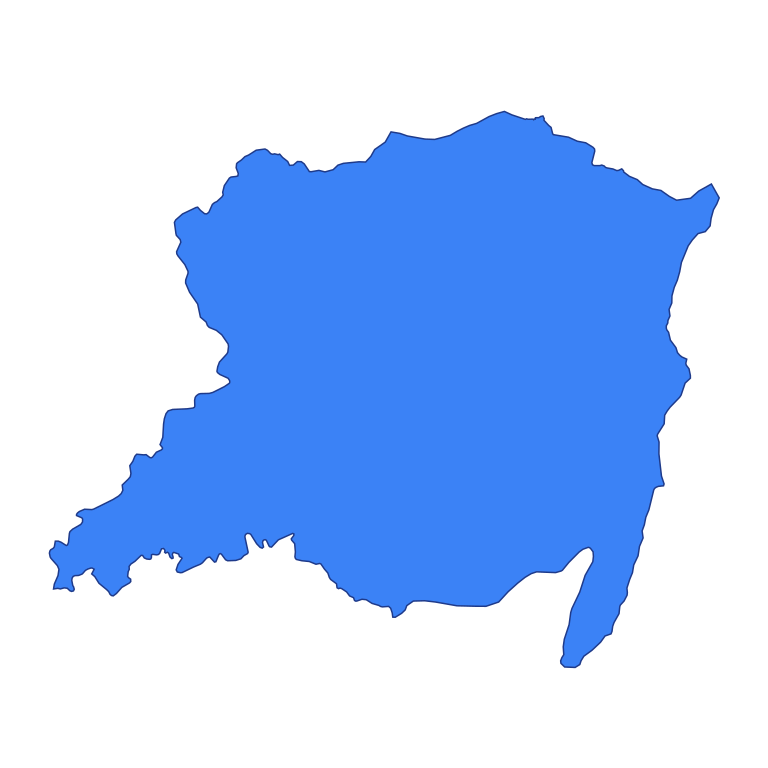 the district of Berik, Maekel, Eritrea, rotated 272°
{"feature_id": "51966322B44125494570979", "entity_name": "Berik", "entity_type": "district", "adm_level": 2, "iso_a3": "ERI", "parent_name": "Eritrea", "parent_adm1": "Maekel", "projection": "mercator", "projection_center": [38.812, 15.386], "detail": "fine", "context": "isolated", "style": "filled", "palette": "blue", "viewbox_px": 768, "rotation_deg": 272, "n_neighbors": 0, "source": "geoboundaries", "source_scale": "gbopen_adm2", "svg_char_len": 6117}
<svg xmlns="http://www.w3.org/2000/svg" viewBox="0 0 768 768"><g transform="rotate(272 384 384)"><path d="M636.2,382.2L625.8,376.8L618.0,366.5L611.0,362.9L605.2,357.9L605.2,351.3L603.1,335.7L601.1,330.3L596.4,325.7L593.9,317.6L595.2,311.5L593.6,303.7L593.7,302.0L601.2,296.6L603.3,293.6L603.3,289.7L599.6,285.7L599.2,282.0L603.0,280.0L606.9,274.7L610.1,271.7L609.5,270.2L610.2,266.6L609.7,264.7L610.2,262.8L613.5,259.4L614.7,256.9L613.2,248.1L608.1,240.7L606.4,237.1L602.9,233.7L600.0,229.8L598.9,229.0L594.9,228.7L589.4,231.0L586.9,230.7L586.3,229.1L585.5,223.9L584.4,222.3L576.7,217.5L570.0,216.1L567.4,216.7L565.4,215.6L560.5,210.6L559.3,208.2L557.5,206.2L549.8,203.1L548.5,201.8L547.8,200.8L547.9,198.8L551.1,194.5L554.2,191.6L553.8,189.9L546.9,176.7L540.7,170.1L538.2,168.9L527.1,170.8L525.3,171.3L521.2,175.3L518.6,176.0L509.0,172.1L506.8,172.4L504.6,173.8L496.4,180.8L489.8,184.2L487.8,184.3L481.1,182.2L478.0,182.2L468.9,186.5L457.4,195.0L444.4,198.2L439.7,204.1L436.3,205.5L434.5,207.3L431.8,214.5L427.5,220.2L418.6,226.8L416.2,227.3L410.3,226.8L408.6,225.9L400.2,218.8L395.4,217.2L390.9,216.6L389.6,217.2L387.8,219.6L384.3,228.0L382.0,229.6L380.5,229.8L379.4,229.5L375.7,224.4L369.6,213.2L368.5,209.7L368.0,201.0L367.4,199.0L365.7,196.9L364.0,195.8L361.2,195.3L355.2,195.7L354.1,195.3L353.3,193.9L352.3,187.9L351.2,173.7L349.6,169.2L346.8,167.2L341.6,165.7L336.3,165.1L323.0,164.8L315.6,162.3L312.6,164.8L311.4,164.8L310.3,163.7L307.9,158.9L302.8,155.2L302.1,153.8L302.4,152.5L305.1,148.7L304.8,146.5L305.2,139.3L304.2,138.4L303.0,137.5L298.0,135.7L293.5,132.8L285.8,134.2L282.5,133.7L279.8,131.6L273.9,125.9L268.6,126.7L265.3,125.2L262.7,122.6L259.1,117.2L248.8,98.1L248.3,96.4L248.4,89.1L245.9,83.9L244.4,82.2L243.0,81.3L241.8,81.3L239.7,86.7L238.5,87.5L235.5,87.5L233.1,85.9L228.1,77.9L225.5,75.3L223.8,74.8L214.6,74.2L212.1,73.3L211.5,72.1L214.6,66.8L215.6,64.0L215.5,61.0L209.7,60.2L208.3,59.2L206.7,56.7L205.4,55.9L203.3,55.5L199.5,56.4L198.2,57.2L191.1,63.9L187.5,65.6L181.2,64.9L172.5,61.5L167.6,60.9L168.4,65.1L167.9,67.7L169.1,71.5L168.8,74.6L166.4,77.3L165.8,79.0L166.4,80.9L168.1,81.6L170.6,80.8L171.7,80.0L176.9,78.8L179.2,79.1L180.9,80.1L181.7,81.8L182.0,85.4L183.0,87.8L183.7,89.2L187.3,92.1L188.7,94.4L189.9,97.6L189.8,98.9L188.8,100.8L184.0,98.5L181.4,101.7L174.9,106.1L168.9,113.9L166.9,116.1L164.2,117.6L163.1,119.0L162.8,120.8L165.3,123.9L171.6,129.1L176.3,136.6L177.7,137.8L180.1,137.6L181.5,135.5L182.8,134.5L187.6,134.9L189.9,135.9L192.8,135.6L195.3,137.4L198.1,141.3L204.3,147.3L204.2,148.8L201.8,150.5L200.8,153.0L200.6,155.9L201.0,157.0L202.3,157.6L205.2,157.6L205.7,158.8L205.3,162.5L205.6,164.2L206.7,165.6L211.5,167.4L211.9,169.4L210.8,170.5L209.5,171.0L208.3,170.6L207.4,171.6L208.3,173.5L207.4,174.7L203.6,176.2L202.1,178.0L202.5,179.2L203.6,179.3L206.3,178.4L207.6,178.8L208.4,179.8L206.9,184.7L204.4,185.6L203.5,187.8L202.7,188.2L196.5,184.4L191.0,182.8L188.9,184.0L188.3,187.1L188.5,188.8L194.4,200.0L197.5,206.8L199.0,208.8L203.8,212.8L204.6,214.3L205.0,215.9L200.1,220.8L200.5,222.2L207.3,224.7L208.4,225.4L208.8,226.4L208.2,227.5L202.8,231.8L201.9,233.9L202.5,242.0L204.3,247.1L207.6,250.0L209.8,253.6L211.2,254.1L226.4,250.3L228.2,250.6L229.2,251.4L230.0,252.7L229.8,254.8L229.1,256.1L219.9,262.3L216.4,265.9L215.7,268.0L216.9,269.3L221.3,268.1L223.3,268.6L224.0,269.6L224.3,270.6L223.7,271.9L218.0,274.8L217.3,275.6L217.1,277.3L224.6,283.9L231.5,298.0L231.0,299.2L229.4,299.1L226.0,296.7L224.8,297.1L221.3,300.3L213.1,301.3L208.2,301.0L206.7,301.5L205.6,302.5L204.5,308.0L204.0,315.5L201.5,322.3L202.4,326.0L202.0,327.2L197.0,330.9L193.1,334.5L188.8,336.1L186.8,337.5L182.7,343.5L178.7,344.2L177.9,345.7L178.5,347.2L178.0,348.9L174.9,353.9L171.0,357.0L169.4,361.0L166.6,362.1L166.0,363.4L166.2,364.6L168.1,369.5L167.8,373.8L164.3,379.7L162.5,386.7L161.6,388.2L161.2,390.1L161.9,396.4L160.2,398.4L159.0,398.9L155.5,400.2L151.3,400.9L151.3,403.4L155.5,409.7L159.0,413.1L163.3,414.5L168.1,420.9L168.8,432.2L167.9,443.1L164.9,464.6L165.1,483.2L165.4,493.7L170.1,506.2L180.7,515.3L189.6,524.5L195.7,531.7L199.6,537.7L201.6,543.1L201.5,562.1L203.3,567.6L204.1,568.8L212.1,574.9L222.9,584.9L225.8,588.6L227.9,593.8L227.6,595.2L226.7,596.3L223.6,598.8L219.0,599.3L213.7,598.9L199.8,591.7L182.9,586.9L166.3,579.7L162.2,578.6L150.0,577.4L135.2,573.1L127.6,572.3L119.8,573.1L116.7,571.3L113.5,570.2L111.0,570.6L107.5,574.4L107.4,584.9L110.5,589.5L114.3,590.6L118.9,593.2L125.3,601.3L133.6,609.5L139.9,613.7L142.2,619.6L144.7,620.5L149.8,621.0L153.6,622.2L162.7,626.9L169.8,627.4L171.3,627.9L175.5,631.5L181.4,634.3L184.0,634.5L188.6,633.9L197.4,636.4L204.1,638.9L211.9,639.9L221.1,643.9L230.6,645.0L239.2,648.3L246.2,647.1L252.4,649.1L259.9,650.3L267.5,653.1L287.6,657.3L289.1,658.1L290.3,659.6L291.3,661.8L292.0,666.9L293.9,667.4L301.7,664.5L323.7,661.2L335.6,660.9L341.8,658.8L343.4,659.2L354.0,665.4L362.6,665.6L366.8,667.9L370.8,670.7L381.0,679.9L383.3,681.3L395.4,684.9L400.5,690.0L403.2,689.9L409.8,688.3L413.4,685.4L415.2,684.9L419.4,685.7L421.4,680.8L423.1,678.5L425.6,676.2L430.5,674.5L437.8,668.7L445.6,666.6L447.9,664.8L449.5,664.2L452.0,664.1L454.9,665.5L457.2,665.5L462.0,667.4L468.5,666.3L475.0,668.8L482.1,668.7L490.7,670.7L497.9,673.5L506.5,675.6L515.9,677.0L532.7,683.2L538.7,687.1L545.3,692.6L547.5,699.8L553.4,704.4L560.9,705.1L569.7,707.2L575.6,710.3L581.7,712.5L595.3,704.2L587.8,691.8L580.3,683.9L577.9,670.0L581.4,662.7L587.1,654.0L588.4,645.3L592.4,635.6L597.1,630.0L600.1,622.0L604.2,616.2L605.5,615.9L607.3,614.1L605.7,611.0L605.4,609.2L606.9,605.3L607.7,599.6L608.2,597.8L609.5,596.6L610.4,594.0L609.8,592.1L609.6,586.4L610.4,584.7L612.5,584.0L624.1,586.5L626.2,586.2L627.8,584.7L632.1,577.2L633.4,568.7L637.1,559.8L639.1,544.6L640.1,543.8L646.3,542.0L648.1,539.6L653.1,534.7L654.9,534.8L657.4,533.5L656.8,531.1L655.6,529.5L655.4,526.1L654.0,526.0L654.1,525.0L653.3,524.4L653.9,523.6L653.6,518.7L654.0,517.3L653.4,516.0L657.4,502.5L660.6,494.8L658.1,487.0L654.9,479.6L647.7,467.5L645.4,460.6L642.5,454.4L639.2,448.4L634.8,441.6L630.2,426.2L630.2,416.5L632.7,398.7L635.0,391.2L636.2,382.2Z" fill="#3b82f6" stroke="#1e3a8a" stroke-width="1.5"/></g></svg>